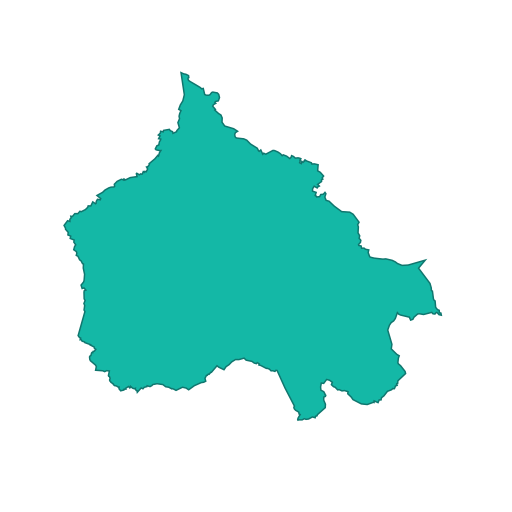 Borabue, Maha Sarakham, Thailand, rotated 103°
{"feature_id": "78962969B23742076953899", "entity_name": "Borabue", "entity_type": "district", "adm_level": 2, "iso_a3": "THA", "parent_name": "Thailand", "parent_adm1": "Maha Sarakham", "projection": "natural_earth1", "projection_center": [103.135, 16.006], "detail": "fine", "context": "isolated", "style": "filled", "palette": "teal", "viewbox_px": 512, "rotation_deg": 103, "n_neighbors": 0, "source": "geoboundaries", "source_scale": "gbopen_adm2", "svg_char_len": 6104}
<svg xmlns="http://www.w3.org/2000/svg" viewBox="0 0 512 512"><g transform="rotate(103 256 256)"><path d="M401.5,291.5L396.2,286.9L391.7,280.9L390.8,278.6L389.3,276.8L386.7,278.2L383.4,277.4L383.3,276.7L381.8,275.9L381.8,275.1L379.4,273.8L379.4,273.3L371.7,269.3L372.7,267.3L374.0,261.6L370.6,260.3L367.9,257.8L364.7,255.9L361.5,252.7L360.8,249.4L358.2,244.6L359.7,242.2L359.6,236.2L360.7,233.7L360.8,231.4L359.6,230.8L360.4,228.5L361.5,228.7L361.6,226.7L363.2,220.6L362.9,220.0L363.2,217.5L364.5,215.5L364.0,213.8L364.2,211.6L362.9,210.9L362.8,209.7L378.0,198.1L393.6,184.8L394.8,185.1L396.2,184.4L397.4,182.7L398.5,179.2L400.3,178.5L400.5,177.3L404.3,178.5L405.9,178.6L406.5,178.2L406.0,177.4L405.3,174.2L403.7,172.4L403.9,170.5L403.0,168.1L400.1,164.8L400.3,162.0L398.8,162.0L398.0,160.6L396.8,160.5L388.2,154.4L384.8,155.0L381.2,157.6L379.3,158.0L378.2,158.2L377.2,156.8L376.0,156.7L375.6,157.6L375.1,157.6L373.0,159.4L372.1,162.6L369.1,163.6L365.1,163.8L364.9,161.4L360.4,159.4L360.5,156.4L361.9,153.2L364.4,153.6L365.9,151.1L366.1,149.3L368.1,146.3L367.5,144.9L368.1,141.9L367.2,139.5L367.5,135.8L369.6,135.6L372.0,131.5L374.1,129.2L376.4,120.1L375.7,114.2L372.2,108.8L372.2,108.0L370.6,108.3L371.4,104.1L368.5,103.6L368.1,101.8L365.8,101.8L363.5,99.9L358.3,97.5L355.8,93.8L354.3,92.9L354.4,91.6L353.4,91.1L351.3,90.9L350.3,89.4L349.4,90.2L348.7,90.2L348.4,89.3L345.7,89.7L336.9,83.8L334.9,84.8L330.4,90.4L329.0,93.1L327.9,93.8L323.3,94.3L321.0,94.0L320.2,96.6L316.1,103.3L311.5,103.7L298.5,111.0L293.3,110.4L290.5,109.3L288.3,107.3L285.6,106.2L279.4,105.5L280.6,103.8L281.0,101.9L281.1,92.8L283.7,90.9L282.4,88.9L280.1,88.3L276.1,85.4L275.5,83.6L275.3,79.6L271.4,72.1L272.5,70.6L272.3,68.6L270.4,67.6L270.2,67.0L272.0,64.5L272.0,62.1L270.0,63.0L270.0,64.5L267.7,65.3L267.4,67.1L265.6,69.4L259.5,71.4L258.9,72.7L257.8,73.5L250.5,76.2L250.2,77.3L247.6,78.1L243.6,80.3L231.3,94.9L222.0,90.2L230.6,105.7L232.3,111.6L231.5,116.5L230.4,118.9L229.6,122.3L229.6,128.9L230.5,131.6L231.5,140.5L231.4,144.5L230.9,145.2L227.4,147.5L224.7,147.5L224.8,150.9L224.0,152.5L224.7,154.9L222.6,155.8L222.6,158.3L221.7,158.7L219.3,157.3L217.1,157.4L215.5,159.5L213.0,159.5L210.5,161.8L204.6,162.8L202.7,164.0L199.9,163.2L193.5,170.7L192.2,174.5L193.5,182.5L189.9,190.8L186.2,197.1L186.0,200.2L183.1,202.2L179.6,201.9L178.5,203.1L180.7,204.3L181.5,206.7L183.9,207.4L184.8,210.2L184.0,210.9L183.8,211.9L180.5,211.7L180.1,215.5L177.8,216.0L174.9,215.0L175.9,211.7L175.0,211.5L173.6,210.0L172.4,212.1L168.7,208.9L166.9,209.3L166.1,208.2L165.0,209.1L162.9,208.1L160.0,212.2L159.1,215.1L153.1,216.0L153.1,219.8L153.8,222.3L152.7,223.0L152.0,228.1L151.3,229.9L152.3,230.4L152.5,230.0L154.2,231.3L153.5,232.6L155.8,232.7L155.3,234.5L153.3,234.2L152.7,234.8L151.2,234.1L150.9,235.0L150.9,237.1L151.8,239.7L150.6,241.8L150.2,243.9L152.2,244.1L153.4,245.0L151.8,248.7L151.3,252.3L152.4,253.1L150.9,255.1L149.8,257.9L149.1,261.6L149.3,263.2L154.6,269.4L154.1,271.6L155.3,272.3L151.6,275.2L153.3,276.4L152.8,277.3L150.7,279.0L148.1,286.6L145.2,291.1L144.6,294.3L145.4,301.2L145.2,302.4L144.2,303.4L142.2,304.1L140.4,303.8L138.6,302.0L137.0,306.4L136.4,315.7L133.3,319.2L129.1,320.0L126.5,321.9L125.6,324.5L123.1,329.0L122.3,328.5L119.8,331.9L118.1,331.5L116.3,329.6L115.9,330.6L114.6,330.3L113.3,327.6L109.8,327.2L106.9,328.7L105.8,330.4L106.0,335.0L106.7,336.0L109.3,337.2L110.0,338.2L110.5,340.6L110.2,342.3L104.6,345.1L105.3,346.5L104.3,348.4L100.7,359.8L100.0,361.3L98.8,362.1L97.8,362.2L97.3,361.6L95.4,362.3L94.7,365.1L94.8,367.4L94.2,370.3L115.0,362.1L121.4,362.2L125.8,363.7L130.5,364.3L131.2,361.8L134.4,362.4L137.1,362.4L139.4,361.4L143.6,362.1L148.3,359.5L151.6,361.3L152.8,361.4L155.2,364.5L153.6,365.3L153.2,367.7L152.1,368.9L154.4,374.3L155.9,374.4L155.9,377.0L157.9,376.9L160.1,378.4L160.6,376.5L163.6,377.3L163.5,375.1L164.5,375.1L166.5,375.8L169.7,375.7L170.9,377.4L174.3,378.2L175.0,377.2L175.0,373.9L174.6,372.4L177.1,373.3L180.5,373.5L180.0,374.3L184.1,376.4L190.1,380.9L190.6,380.5L192.7,381.1L193.8,382.5L194.0,381.9L194.6,382.1L194.8,381.5L196.0,381.2L198.7,382.0L198.5,383.3L199.6,383.7L199.1,384.8L201.6,385.2L202.0,385.6L201.9,386.8L203.1,387.9L202.2,390.8L202.7,391.1L205.4,389.8L207.9,396.2L211.3,400.4L211.6,401.1L211.0,401.0L210.6,402.0L211.6,402.3L211.5,404.4L214.5,408.1L218.0,410.2L220.0,409.4L220.7,409.9L221.5,412.7L222.7,414.7L225.7,418.0L228.5,419.8L232.8,424.6L235.0,420.2L236.3,420.4L236.4,423.2L238.6,423.9L240.8,423.7L241.2,424.1L240.0,427.2L244.4,428.2L244.9,430.8L246.4,430.9L249.2,432.7L252.2,436.3L252.0,437.6L254.8,439.1L255.5,442.1L258.8,443.8L258.9,445.4L260.4,444.7L262.1,445.6L264.2,445.1L264.0,447.5L269.4,449.9L271.7,447.9L272.8,447.6L275.2,444.3L277.8,444.0L278.3,441.0L280.7,441.0L281.3,436.8L283.5,436.6L285.7,434.2L287.6,434.9L290.9,435.0L292.1,432.0L293.7,431.2L295.8,431.3L296.3,429.4L299.4,427.0L300.1,425.3L302.5,423.3L302.6,422.3L306.6,421.6L312.4,418.9L318.5,418.0L320.2,418.2L323.7,419.9L326.8,418.1L325.8,416.4L327.5,414.1L328.4,415.5L329.8,415.5L336.4,413.8L337.8,412.5L341.0,413.0L342.7,411.8L347.3,411.4L348.5,410.2L373.6,411.4L375.2,409.6L375.4,408.4L377.1,408.5L376.8,407.7L378.1,406.3L378.3,403.7L378.9,403.3L379.6,397.3L380.0,397.5L381.1,393.2L382.3,392.7L382.9,391.1L385.1,392.1L385.6,393.3L386.9,393.3L386.9,394.1L387.4,394.4L390.2,394.5L390.7,395.2L391.8,395.5L394.1,394.7L395.3,393.8L398.4,387.8L399.7,386.7L403.4,386.6L402.3,379.5L402.7,377.4L401.3,375.7L401.0,373.0L405.7,372.9L406.2,372.6L406.4,371.7L408.2,370.6L409.7,370.8L410.8,370.1L411.1,369.3L411.7,369.0L412.8,366.2L413.3,366.1L414.1,364.7L414.0,362.8L414.8,360.6L414.5,360.0L416.2,359.6L417.8,357.5L416.3,354.6L415.7,354.8L414.9,352.8L414.3,353.3L411.8,350.9L412.7,349.6L412.3,349.6L412.6,349.1L412.1,348.1L411.5,348.4L412.6,346.3L412.7,344.8L412.1,343.8L412.8,343.8L414.0,342.4L414.0,341.6L415.5,341.0L410.4,338.2L410.8,336.3L409.1,335.4L407.8,332.9L406.9,332.9L407.1,329.9L405.7,328.3L404.5,327.7L402.7,323.7L402.2,317.8L403.7,314.6L403.5,311.5L404.4,308.2L404.1,308.0L404.2,306.3L404.9,303.7L400.4,298.1L400.4,294.4L401.5,291.5Z" fill="#14b8a6" stroke="#0f766e" stroke-width="1.5"/></g></svg>